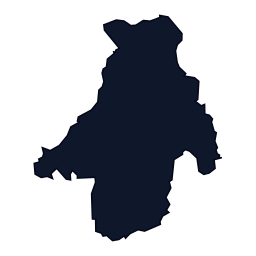 Kochani, Kočani, North Macedonia
{"feature_id": "65306769B7034673009325", "entity_name": "Kochani", "entity_type": "district", "adm_level": 2, "iso_a3": "MKD", "parent_name": "North Macedonia", "parent_adm1": "Kočani", "projection": "orthographic", "projection_center": [22.415, 41.994], "detail": "fine", "context": "isolated", "style": "filled", "palette": "ink", "viewbox_px": 256, "rotation_deg": 0, "n_neighbors": 0, "source": "geoboundaries", "source_scale": "gbopen_adm2", "svg_char_len": 1444}
<svg xmlns="http://www.w3.org/2000/svg" viewBox="0 0 256 256"><path d="M221.8,157.7L218.9,157.4L219.5,155.0L217.3,153.9L216.0,150.0L217.4,147.6L214.8,141.2L216.3,132.7L214.1,131.3L211.5,122.1L212.5,118.9L209.3,115.2L204.8,114.0L204.6,104.4L201.2,105.8L195.2,101.2L197.7,99.6L198.8,81.3L194.5,77.7L184.1,76.0L185.8,73.6L179.2,67.3L177.2,62.6L175.5,50.8L177.3,44.7L181.8,40.2L182.0,33.6L168.0,16.9L159.7,15.4L160.0,17.4L150.1,21.1L143.3,20.5L135.8,25.2L130.8,25.6L124.0,21.0L116.4,20.0L103.8,24.8L104.5,30.2L119.3,48.3L115.8,50.1L115.4,52.2L113.7,51.8L114.1,53.5L107.4,59.1L106.5,66.9L103.2,69.0L102.1,73.1L103.9,81.5L102.3,86.8L98.9,90.1L97.8,102.0L91.2,110.1L78.3,117.0L77.4,121.2L79.2,122.3L70.9,126.8L67.4,135.5L59.3,145.5L50.2,150.6L42.3,147.6L43.7,153.5L42.6,157.1L38.7,159.1L39.6,161.9L34.2,163.4L35.1,174.1L41.2,177.5L47.2,176.4L52.6,178.6L51.0,173.7L56.7,168.3L66.2,179.1L70.6,179.9L70.2,174.2L72.4,170.4L77.5,175.4L77.3,178.1L95.0,177.3L95.6,182.2L91.6,193.7L92.4,219.0L95.6,219.1L95.8,231.3L101.5,233.2L103.0,236.1L106.8,235.5L112.5,240.6L118.8,239.5L124.2,235.9L125.5,238.2L130.0,233.6L138.1,229.7L144.6,231.1L160.4,224.3L159.9,221.7L162.7,216.0L168.9,212.4L166.4,210.2L169.7,204.4L165.9,197.5L170.8,188.0L169.2,181.6L171.9,179.9L174.0,159.6L182.5,154.4L182.5,152.0L185.2,149.6L189.6,151.1L197.0,158.0L198.9,171.2L203.8,174.4L209.0,173.1L215.1,168.4L214.1,159.7L221.8,157.7Z" fill="#0f172a" stroke="#020617" stroke-width="1.5"/></svg>